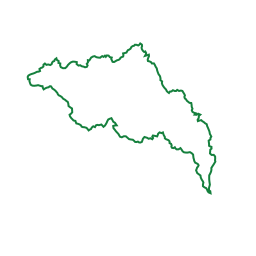 outline of Santa Maria do Suaçuí, Minas Gerais, Brazil, rotated 158°
{"feature_id": "56859067B88094460609616", "entity_name": "Santa Maria do Suaçuí", "entity_type": "district", "adm_level": 2, "iso_a3": "BRA", "parent_name": "Brazil", "parent_adm1": "Minas Gerais", "projection": "mercator", "projection_center": [-42.328, -18.209], "detail": "fine", "context": "isolated", "style": "outline", "palette": "green", "viewbox_px": 256, "rotation_deg": 158, "n_neighbors": 0, "source": "geoboundaries", "source_scale": "gbopen_adm2", "svg_char_len": 4635}
<svg xmlns="http://www.w3.org/2000/svg" viewBox="0 0 256 256"><g transform="rotate(158 128 128)"><path d="M75.9,36.6L75.4,38.6L76.2,39.7L75.8,41.2L75.0,42.6L74.2,43.6L73.3,44.8L72.9,46.5L72.5,48.1L72.0,49.8L71.3,51.6L70.4,53.7L68.8,55.0L67.3,56.5L66.3,58.0L65.7,59.7L63.9,61.0L62.0,62.3L60.7,63.3L59.6,64.1L59.4,65.5L58.6,67.0L57.9,69.0L58.6,71.0L60.6,71.7L61.5,73.7L60.5,75.7L59.8,77.1L58.3,77.6L57.7,79.3L58.7,80.1L59.5,81.1L58.8,82.8L58.3,84.8L57.9,86.1L55.9,86.5L55.2,88.0L54.0,88.8L54.1,90.2L54.3,91.9L53.8,94.2L53.8,96.3L53.8,98.2L53.9,100.1L53.6,102.0L54.8,103.6L55.5,105.1L56.6,106.5L57.1,107.8L58.6,108.1L60.6,108.2L60.4,109.5L58.6,110.9L57.8,112.7L56.0,113.3L57.5,114.9L59.6,114.6L61.2,115.4L59.7,116.3L61.2,117.5L62.2,118.9L62.2,120.6L61.0,121.7L61.0,123.7L60.3,125.9L60.0,127.5L61.6,128.3L62.3,129.6L63.2,131.2L63.5,133.0L64.2,134.1L64.1,135.7L63.0,136.9L63.1,138.4L63.4,140.1L63.7,142.0L64.9,142.9L66.8,143.2L68.1,144.9L69.6,144.3L70.8,144.8L72.2,146.2L74.1,145.6L75.4,146.1L76.9,145.1L77.8,146.6L78.3,148.0L78.3,149.4L79.0,151.1L79.5,152.8L79.9,154.9L79.8,156.9L78.9,158.4L80.0,160.2L79.3,161.8L79.0,163.3L79.0,164.7L79.5,166.2L79.5,168.4L79.4,170.4L79.0,172.5L79.4,174.4L79.5,176.6L79.8,178.2L81.7,178.9L81.9,180.3L83.0,181.6L84.4,182.6L84.2,183.9L83.1,185.3L81.6,186.8L81.2,188.2L82.9,188.3L85.2,188.5L84.0,189.5L83.1,190.6L83.3,192.5L84.5,192.4L85.3,194.1L85.6,196.0L85.3,197.5L84.3,198.6L83.9,200.1L85.0,201.8L86.2,201.0L87.6,200.7L88.9,201.9L90.4,202.6L91.6,202.0L93.1,202.2L94.6,201.8L95.9,200.6L97.7,200.2L99.0,200.2L100.2,199.3L101.2,198.5L102.8,198.7L104.6,199.0L104.9,197.4L105.7,196.1L107.1,196.1L108.5,196.0L109.8,195.0L111.1,194.7L113.1,194.9L114.7,194.6L116.2,194.4L117.5,195.1L117.6,196.9L117.7,198.3L116.7,199.4L118.3,200.5L118.9,202.4L120.4,203.2L121.9,202.3L122.3,203.7L124.0,203.1L125.0,204.3L126.3,204.0L127.5,203.6L129.3,204.5L130.8,205.5L132.0,207.1L133.7,207.4L135.8,207.1L137.3,206.0L138.6,205.1L139.8,205.9L140.6,203.8L142.2,202.9L142.0,201.2L143.3,200.1L145.1,200.4L146.0,201.4L147.8,202.6L148.8,204.1L150.5,204.4L151.7,206.5L150.8,208.3L152.4,209.3L154.2,210.2L156.0,210.3L157.7,209.9L159.9,209.0L161.7,207.8L163.7,207.0L165.9,207.8L167.5,209.6L167.5,211.4L166.6,213.2L168.1,214.4L167.2,216.0L168.5,217.9L168.3,219.4L170.2,218.9L171.3,217.7L172.9,217.7L174.1,216.8L174.9,215.8L176.5,215.5L178.2,216.8L180.0,217.1L180.9,218.9L182.6,218.4L183.4,216.7L184.9,216.2L186.2,216.3L188.0,215.9L188.2,213.8L189.6,213.7L191.3,214.2L193.6,214.0L195.2,214.0L197.2,214.2L199.1,214.2L200.8,213.9L201.9,212.9L202.4,210.7L200.9,210.0L201.8,208.5L202.0,206.5L202.0,204.6L200.8,203.1L199.2,202.3L197.1,201.7L195.3,201.4L194.2,200.5L192.9,199.4L191.6,198.8L191.9,197.0L191.7,195.4L189.5,195.8L187.8,195.8L186.4,195.5L185.0,196.0L183.9,195.6L183.5,194.2L183.3,192.9L182.2,191.4L181.3,189.7L180.9,188.4L180.4,187.1L180.4,185.6L180.0,184.3L178.7,182.9L177.7,181.3L177.2,179.5L175.7,177.6L174.9,175.9L174.1,174.9L174.2,173.1L174.9,170.6L173.7,168.6L172.6,167.1L173.2,165.3L173.8,163.5L175.5,162.6L177.2,162.2L177.4,160.5L176.9,158.4L176.3,157.0L175.7,155.4L174.1,154.3L174.2,152.9L174.2,151.6L172.9,150.7L171.5,149.4L170.6,148.0L170.5,146.6L169.5,145.7L168.2,145.1L166.4,143.7L165.8,142.0L165.4,140.5L164.2,140.8L162.7,140.9L161.4,142.0L159.6,142.6L158.3,141.2L156.6,142.5L155.3,142.4L153.9,141.5L151.4,141.2L150.8,139.8L150.3,138.3L148.6,138.8L147.3,139.7L145.9,140.8L144.5,142.2L143.1,143.3L141.4,143.4L139.7,143.3L139.5,141.6L139.3,139.3L138.1,137.7L137.8,136.1L137.5,134.7L139.4,135.3L141.0,135.4L141.5,133.2L140.9,131.4L140.4,129.4L139.7,127.6L139.1,126.0L138.9,124.3L138.6,122.8L137.2,121.7L135.0,121.9L133.1,121.1L132.4,119.7L131.8,118.5L131.2,117.3L129.7,116.3L127.9,115.3L127.1,113.7L126.6,112.4L125.4,111.8L123.9,111.7L123.2,110.5L122.0,109.9L120.4,109.9L119.3,111.1L118.4,112.2L117.3,112.9L116.1,113.5L115.0,112.6L113.9,111.7L112.9,110.3L111.1,110.1L109.7,108.5L108.5,109.3L108.7,110.9L107.7,111.7L106.0,110.6L104.1,109.3L103.1,110.3L102.2,111.4L100.4,112.1L98.8,110.7L97.3,110.8L97.5,109.0L97.5,107.6L97.2,106.1L97.7,104.6L96.9,103.3L95.9,102.4L95.0,101.5L94.5,100.1L95.1,98.4L94.0,97.2L94.0,95.6L94.8,94.4L94.6,93.1L93.3,92.3L91.8,92.6L91.6,91.1L90.8,89.9L89.1,89.3L86.9,89.7L86.4,87.8L86.1,86.0L85.3,84.6L83.9,83.7L82.0,82.9L79.6,82.4L78.4,80.8L77.6,79.0L78.1,77.2L78.5,75.7L78.6,74.3L78.9,72.7L78.7,70.7L77.5,69.4L76.7,68.3L76.5,67.0L77.5,66.0L78.7,65.5L79.6,64.4L80.7,63.3L80.7,61.9L80.7,60.3L79.7,58.6L78.6,56.8L79.1,54.9L79.0,52.6L78.6,50.7L78.5,49.2L79.6,47.7L80.3,46.0L79.7,44.9L78.9,43.8L78.0,42.9L77.8,41.3L77.8,39.5L77.4,38.1L75.9,36.6Z" fill="none" stroke="#15803d" stroke-width="2"/></g></svg>